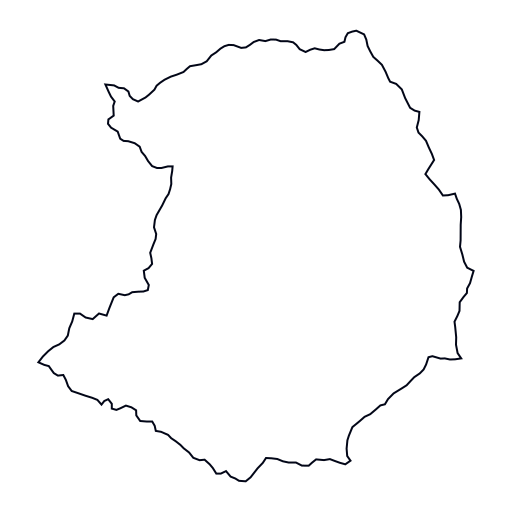 Bebedouro, São Paulo, Brazil
{"feature_id": "56859067B9954918169852", "entity_name": "Bebedouro", "entity_type": "district", "adm_level": 2, "iso_a3": "BRA", "parent_name": "Brazil", "parent_adm1": "São Paulo", "projection": "albers", "projection_center": [-48.528, -20.939], "detail": "fine", "context": "isolated", "style": "outline", "palette": "ink", "viewbox_px": 512, "rotation_deg": 0, "n_neighbors": 0, "source": "geoboundaries", "source_scale": "gbopen_adm2", "svg_char_len": 3307}
<svg xmlns="http://www.w3.org/2000/svg" viewBox="0 0 512 512"><path d="M364.1,34.4L356.3,30.7L352.2,31.6L347.8,33.2L345.5,37.2L344.4,41.8L339.4,43.7L334.2,49.1L328.8,50.0L324.2,50.2L319.4,49.5L314.7,48.3L310.3,49.7L305.6,52.0L299.7,49.2L296.3,44.9L293.1,42.3L287.6,41.2L280.6,41.2L276.0,39.6L270.8,39.5L265.4,41.1L259.1,40.0L253.7,42.0L250.0,44.8L245.9,47.4L241.2,47.9L233.6,45.1L228.7,44.9L224.4,46.2L220.5,48.6L216.2,52.3L211.3,55.5L206.7,61.3L201.4,64.2L196.5,65.1L190.0,66.2L186.7,69.0L183.5,72.0L176.7,74.7L170.9,76.6L164.6,79.7L160.2,82.7L156.6,85.7L154.4,89.7L149.0,94.7L145.5,97.5L138.1,101.5L132.9,99.2L129.7,95.9L128.4,91.5L124.0,88.3L118.6,87.8L114.1,85.4L105.4,84.5L108.7,91.9L111.0,96.6L114.7,101.5L113.2,105.9L113.7,115.6L108.4,119.4L108.0,123.8L111.1,127.7L117.7,131.6L120.2,138.7L123.6,140.9L128.2,141.2L134.7,143.2L139.7,146.7L141.6,151.9L145.1,156.0L148.1,161.1L152.1,166.1L157.0,168.0L161.4,168.0L167.9,166.4L172.6,166.4L172.2,171.0L171.1,177.6L171.3,184.0L170.1,189.2L168.5,194.1L165.7,198.2L162.2,205.4L156.6,215.1L154.9,220.0L154.0,227.3L156.2,234.0L155.6,239.0L153.4,244.4L150.2,252.8L151.4,258.3L152.1,263.9L148.6,268.1L143.8,270.7L144.7,277.8L148.8,285.0L147.8,290.1L143.4,291.5L138.2,291.7L132.2,292.2L128.7,294.3L124.8,295.2L118.3,293.8L113.7,297.3L112.0,301.5L109.4,308.0L106.6,315.6L99.0,313.5L92.7,319.1L85.6,317.5L80.0,313.6L74.3,313.6L72.2,321.5L69.3,328.2L67.8,335.6L64.4,340.5L59.2,344.4L53.4,347.0L48.2,351.2L42.9,356.5L38.4,362.3L44.3,364.9L48.8,366.1L51.2,369.5L53.8,373.1L57.9,375.6L63.3,375.0L65.9,380.0L68.1,386.2L71.7,391.0L78.2,393.2L85.4,395.7L92.2,397.8L97.4,399.9L101.5,404.6L104.3,401.0L108.2,399.2L111.8,403.8L111.8,408.6L116.4,409.9L120.3,408.3L125.9,405.6L131.4,407.3L136.1,410.3L136.3,415.4L140.2,421.0L146.3,421.5L152.2,421.5L154.7,425.8L155.8,430.9L161.0,431.8L168.1,434.9L171.2,438.2L175.8,441.3L180.5,445.0L183.7,448.3L189.1,452.5L193.3,457.8L199.6,460.2L204.6,459.7L209.7,464.3L212.8,468.0L216.3,473.6L220.8,473.6L226.0,471.1L230.6,476.6L235.3,478.5L239.0,480.8L245.7,481.3L250.6,477.3L257.6,468.3L262.8,462.9L266.0,458.0L271.5,458.3L277.3,459.0L282.9,461.3L288.5,462.5L295.9,462.5L301.9,465.6L308.7,465.7L312.0,462.7L316.1,459.4L324.0,460.1L329.9,459.1L334.9,461.0L339.9,462.8L345.3,464.3L350.5,460.7L347.2,456.0L346.6,448.6L347.4,440.3L348.9,435.6L352.4,427.1L359.6,421.2L364.6,416.8L370.2,414.2L375.9,409.4L380.4,405.4L384.9,404.3L388.0,399.1L393.6,393.4L401.9,388.3L406.6,385.3L410.5,381.1L414.2,377.2L419.8,373.4L423.6,369.5L426.1,364.5L428.5,357.2L432.4,356.2L440.6,358.6L444.8,358.4L450.0,359.5L455.1,359.3L461.2,358.4L457.6,353.1L456.0,344.7L456.2,337.3L455.2,327.0L454.5,321.7L457.4,315.9L459.5,310.9L459.7,302.2L463.6,296.9L466.9,293.0L467.1,288.5L470.0,283.2L471.9,276.5L473.6,270.9L467.2,267.7L464.1,261.7L462.4,254.7L460.0,246.8L460.6,240.5L460.7,224.7L461.2,217.1L460.9,209.9L459.2,203.9L456.8,198.8L455.0,193.6L448.2,195.2L442.9,195.5L438.8,189.5L434.5,184.6L429.8,179.5L425.4,174.1L428.4,169.0L434.1,160.0L431.9,154.0L428.7,147.2L426.0,140.8L422.2,136.3L418.5,132.6L416.8,127.5L418.7,120.1L419.4,111.9L414.6,110.6L410.1,107.8L407.5,102.7L405.1,98.0L401.8,89.4L396.2,83.9L390.1,81.7L388.2,78.0L385.6,71.8L381.9,64.8L377.7,60.8L373.3,56.9L370.2,51.3L367.6,46.0L366.3,39.6L364.1,34.4Z" fill="none" stroke="#020617" stroke-width="2"/></svg>